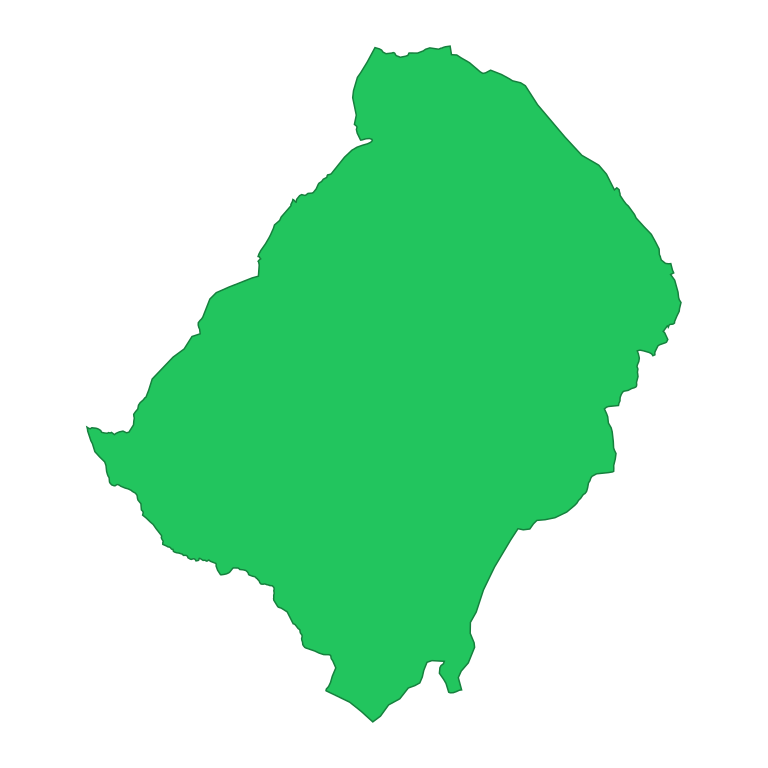 the district of Vama, Suceava, Romania
{"feature_id": "2599482B26508279018163", "entity_name": "Vama", "entity_type": "district", "adm_level": 2, "iso_a3": "ROU", "parent_name": "Romania", "parent_adm1": "Suceava", "projection": "albers", "projection_center": [25.697, 47.569], "detail": "fine", "context": "isolated", "style": "filled", "palette": "green", "viewbox_px": 768, "rotation_deg": 0, "n_neighbors": 0, "source": "geoboundaries", "source_scale": "gbopen_adm2", "svg_char_len": 6070}
<svg xmlns="http://www.w3.org/2000/svg" viewBox="0 0 768 768"><path d="M461.6,689.9L458.3,677.6L461.2,671.1L468.3,662.9L474.6,647.3L474.1,642.8L470.2,633.3L470.4,622.4L476.2,612.1L483.5,589.8L494.6,566.9L510.7,539.9L518.0,528.7L523.3,529.8L529.8,529.0L533.4,523.9L536.9,520.4L545.1,519.7L555.0,517.7L566.8,512.0L575.0,505.1L576.9,503.1L578.5,500.4L580.6,498.4L582.7,495.3L583.5,494.4L585.0,493.5L586.4,491.7L586.7,491.0L587.6,487.9L588.5,482.9L589.9,480.8L590.8,478.1L592.0,476.3L596.6,473.8L608.4,472.6L612.6,471.9L613.7,471.3L613.8,468.3L613.7,465.5L615.3,458.9L616.0,453.5L614.5,450.4L613.6,447.9L613.3,441.6L612.2,431.8L611.2,427.9L608.4,423.0L607.7,416.7L606.6,413.7L604.4,408.9L606.5,407.2L608.4,406.5L618.5,405.5L618.9,403.3L620.0,400.8L620.0,399.3L620.2,397.3L621.3,394.4L622.6,392.2L623.9,391.2L628.1,390.4L631.7,388.5L634.1,387.8L635.8,387.0L636.4,386.2L636.7,384.9L636.5,382.4L638.0,376.6L637.6,373.2L637.4,372.3L637.9,369.1L637.7,368.3L637.0,366.7L637.3,365.1L638.8,361.5L639.3,358.3L639.2,357.5L638.3,353.6L637.7,352.2L637.3,350.8L639.9,350.1L643.4,350.8L649.2,352.5L651.2,353.6L652.0,354.3L652.9,355.7L654.9,354.8L654.8,353.2L655.0,351.9L657.9,345.9L659.5,344.8L665.5,342.7L666.5,342.1L667.8,339.5L664.7,332.8L663.2,331.3L663.6,331.0L667.2,326.0L667.6,325.8L668.0,326.2L668.3,327.2L668.6,326.7L668.7,325.8L669.5,324.7L670.2,324.4L672.4,324.2L673.4,323.9L674.5,323.0L674.6,321.5L676.9,316.0L679.2,311.3L679.5,308.7L681.0,302.5L679.3,299.8L678.6,297.5L678.0,292.1L674.7,280.2L670.6,274.5L673.7,272.9L672.5,270.2L670.8,263.6L668.7,263.8L665.5,263.4L661.3,260.0L660.5,257.6L660.3,256.5L659.4,254.6L659.1,249.0L655.6,242.1L651.3,234.3L644.0,226.7L636.1,218.0L634.5,214.5L628.4,206.1L626.0,203.9L623.6,200.7L620.1,195.4L620.0,193.6L619.3,191.3L619.1,189.7L616.8,187.8L614.4,189.9L606.5,174.2L598.8,165.2L581.8,155.3L564.8,136.9L537.6,104.8L525.4,85.8L520.7,82.8L512.5,80.8L509.4,78.8L501.5,74.5L490.6,70.2L485.5,72.9L482.9,73.4L480.4,72.0L469.5,62.7L461.2,57.9L456.8,55.0L451.5,54.7L450.1,46.1L445.3,46.8L443.0,47.5L442.2,48.0L440.8,48.2L438.7,49.2L429.8,47.9L425.5,49.3L423.3,50.9L417.5,53.1L409.4,53.0L408.8,53.2L408.3,54.8L407.3,55.6L405.7,56.2L400.0,57.3L399.1,56.7L396.3,55.7L395.5,54.7L394.8,53.3L393.9,52.7L393.2,52.6L391.6,53.1L386.0,53.7L383.0,52.1L381.6,50.1L379.4,48.9L375.0,47.6L367.2,62.1L360.7,72.7L357.4,77.4L353.5,90.7L352.7,97.7L356.3,115.2L354.4,124.4L356.4,126.0L357.0,127.1L356.4,129.5L357.2,133.1L360.6,140.1L361.8,140.0L365.9,138.8L369.5,138.5L372.0,139.4L372.3,140.6L370.7,142.3L367.5,143.8L362.6,145.2L357.0,147.2L351.9,150.2L344.5,157.2L331.3,173.7L330.3,174.3L327.6,174.9L327.2,175.6L326.9,177.0L326.6,177.5L323.3,179.2L321.6,181.5L319.0,183.2L318.2,184.4L316.2,188.9L313.4,192.4L312.2,193.1L308.0,193.4L305.5,195.3L304.7,195.4L301.6,194.6L299.6,195.7L296.7,199.3L296.1,202.2L295.6,202.0L293.8,200.0L292.9,199.5L292.5,201.3L290.9,204.5L291.0,205.7L281.2,217.0L279.7,220.4L274.5,224.9L273.4,228.4L270.6,234.7L269.0,237.8L265.5,243.8L260.8,250.5L258.9,254.1L258.1,256.5L259.4,256.8L259.6,257.5L260.7,258.9L259.4,259.8L258.1,261.3L258.7,262.2L259.2,265.0L258.4,276.2L252.2,277.9L229.1,287.0L216.2,292.7L209.9,299.0L202.8,317.1L201.6,318.9L200.1,320.4L198.3,322.7L198.2,325.0L198.8,327.4L199.6,329.1L200.2,333.8L192.0,336.5L184.1,349.0L173.1,357.1L152.2,379.0L148.7,390.2L146.0,397.1L144.8,397.9L143.3,399.9L140.2,402.6L138.5,405.2L137.8,409.0L135.5,411.7L133.7,414.3L133.9,416.4L134.3,418.0L133.8,421.2L133.5,424.9L128.9,432.2L126.5,432.8L123.0,431.1L119.3,431.9L116.1,433.3L114.4,434.6L111.5,432.4L110.2,433.0L108.4,432.6L107.4,433.3L104.6,433.0L101.6,432.3L100.7,430.5L98.5,429.1L96.8,428.4L94.6,428.0L94.2,428.2L92.9,427.8L91.7,427.8L90.4,428.7L89.6,428.6L88.6,428.2L87.0,427.2L87.5,429.2L87.7,431.1L90.9,440.8L92.4,443.6L94.9,451.7L99.6,456.9L104.7,461.9L106.0,465.6L106.6,471.4L107.4,474.3L108.2,476.3L109.1,477.6L109.5,482.0L110.2,483.3L111.7,484.9L114.2,485.8L115.3,485.7L116.8,484.6L118.0,484.6L119.5,485.3L120.7,486.2L125.0,488.0L128.2,488.9L131.3,490.4L132.2,491.3L135.5,493.2L137.1,495.4L137.5,498.4L138.0,500.1L140.9,503.7L141.4,509.9L142.7,511.2L143.2,512.7L142.6,515.1L146.3,518.1L150.4,522.1L153.1,524.4L156.1,528.7L161.5,535.6L161.6,536.6L161.3,537.4L161.6,538.6L163.2,541.3L162.8,542.6L162.8,544.4L166.5,546.0L167.6,546.7L168.3,547.0L169.4,547.0L170.5,547.8L171.3,548.9L172.0,549.3L173.0,549.4L173.4,551.3L174.4,552.0L176.4,552.7L179.0,553.1L182.4,554.2L183.4,555.4L185.3,555.3L186.4,555.5L187.1,556.0L187.7,556.8L187.9,557.7L190.2,559.1L191.3,559.4L193.3,558.8L194.4,558.9L195.2,559.5L196.0,560.9L198.1,560.5L198.6,560.2L198.9,559.8L199.0,558.8L199.2,558.4L199.8,558.3L203.1,560.4L204.9,560.2L206.4,561.1L207.6,560.9L208.4,560.1L209.0,560.1L210.4,561.3L215.8,563.4L216.2,564.4L216.1,566.1L217.6,570.2L220.5,574.7L221.3,574.8L224.1,574.4L226.6,573.8L228.8,572.8L229.9,571.9L232.5,568.6L233.3,567.9L237.9,568.0L238.9,568.5L239.8,569.5L243.1,569.8L245.8,570.5L247.2,571.7L248.2,573.0L248.5,574.2L249.0,574.9L252.5,576.2L254.7,576.7L255.6,577.2L256.4,578.3L257.3,578.7L257.6,579.4L258.7,580.4L259.2,581.1L259.8,582.6L260.7,583.8L261.6,584.1L263.3,584.2L264.3,583.9L265.7,584.2L266.8,584.7L268.3,584.9L269.5,585.5L272.4,585.8L273.9,587.5L274.1,588.5L274.1,589.5L273.8,590.6L274.2,593.2L273.7,595.4L273.8,597.7L273.6,598.5L273.8,600.2L277.8,606.7L278.7,607.3L281.2,608.1L287.2,611.9L293.2,623.8L293.9,623.9L295.1,624.6L298.2,628.6L299.8,629.7L300.3,632.8L302.0,635.2L302.1,636.7L301.6,638.7L301.9,640.4L302.5,642.0L302.8,644.6L303.4,645.7L304.8,647.4L305.9,648.0L314.7,651.0L318.9,653.0L323.7,654.6L329.1,654.7L330.0,655.0L330.8,655.9L331.1,658.0L331.3,658.7L332.7,660.7L335.8,667.9L332.3,676.2L330.5,682.5L328.6,686.5L326.3,689.1L326.0,690.7L326.1,690.8L349.7,702.2L361.1,711.3L372.8,721.9L380.5,716.1L388.6,704.9L399.8,698.8L408.3,688.0L414.9,685.6L419.8,682.9L422.3,677.0L423.8,670.3L427.0,662.3L431.9,660.6L444.3,661.3L443.4,663.8L441.0,665.6L439.9,667.8L439.4,673.3L443.6,679.3L446.0,683.4L448.7,692.2L450.2,692.8L453.2,692.7L456.1,691.7L459.4,690.2L461.6,689.9Z" fill="#22c55e" stroke="#15803d" stroke-width="1.5"/></svg>